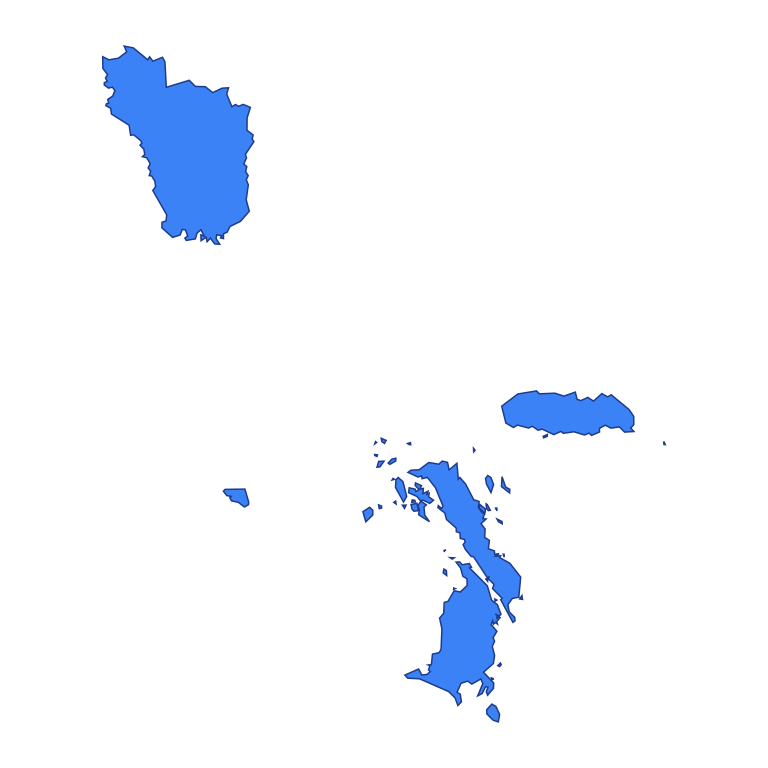 Nias Selatan, Sumatera Utara, Indonesia (Albers equal-area conic projection)
{"feature_id": "22746128B70987165350034", "entity_name": "Nias Selatan", "entity_type": "district", "adm_level": 2, "iso_a3": "IDN", "parent_name": "Indonesia", "parent_adm1": "Sumatera Utara", "projection": "albers", "projection_center": [98.287, 0.198], "detail": "fine", "context": "isolated", "style": "filled", "palette": "blue", "viewbox_px": 768, "rotation_deg": 0, "n_neighbors": 0, "source": "geoboundaries", "source_scale": "gbopen_adm2", "svg_char_len": 6117}
<svg xmlns="http://www.w3.org/2000/svg" viewBox="0 0 768 768"><path d="M133.4,47.9L124.2,46.1L126.7,51.8L118.4,58.2L108.9,59.8L102.7,56.7L102.9,68.5L107.6,74.6L105.5,77.9L107.2,81.4L104.3,82.7L104.3,85.0L108.5,88.1L112.4,87.2L114.9,90.5L112.7,96.1L107.7,99.4L108.7,103.0L106.3,103.9L105.9,105.7L110.6,108.2L111.5,114.1L129.1,125.2L130.6,135.3L133.7,134.8L140.9,140.8L141.8,143.5L140.0,145.1L143.8,149.2L144.8,154.4L142.4,156.7L146.7,157.7L150.2,163.6L148.1,168.0L150.7,171.2L149.2,175.6L151.7,176.0L154.8,181.0L155.6,186.6L152.8,190.5L166.7,214.8L166.1,220.9L162.0,222.3L161.9,227.8L172.6,237.4L180.1,235.0L182.3,229.5L185.4,229.8L187.7,236.1L184.9,238.1L186.2,240.4L195.4,238.9L197.0,233.1L200.9,229.8L204.3,236.1L200.9,234.8L201.1,240.7L206.1,237.2L207.1,241.7L210.3,238.1L214.7,243.9L219.7,244.3L216.1,238.6L216.7,234.8L221.8,235.7L220.5,237.9L223.5,238.6L223.5,233.8L227.1,232.2L230.0,226.5L240.5,221.3L249.3,211.2L246.2,199.8L248.3,184.8L246.3,179.6L248.2,175.7L245.6,171.4L246.8,166.6L243.8,164.1L246.5,157.9L245.4,154.4L253.9,141.6L252.2,139.1L253.1,134.9L247.0,130.3L247.1,117.9L250.4,107.4L243.2,104.4L238.6,106.3L235.5,104.5L231.9,106.8L226.7,94.0L228.5,87.8L222.1,88.2L212.7,92.6L205.3,86.7L195.4,86.4L189.2,80.3L166.3,87.3L164.9,61.6L162.4,57.3L152.9,61.2L149.6,56.8L147.7,59.8L133.4,47.9ZM462.3,564.8L459.6,561.9L456.1,562.1L460.6,568.1L462.9,576.3L466.9,578.7L467.2,585.5L460.3,592.0L454.2,590.7L448.0,601.4L444.2,602.4L443.7,613.3L439.6,618.1L441.9,628.8L441.1,649.0L439.3,652.6L432.5,654.1L431.4,664.6L428.2,665.0L429.9,665.8L428.5,669.9L430.3,671.6L427.0,674.4L421.8,675.0L418.6,669.0L404.9,675.1L407.8,678.2L419.5,678.8L448.7,691.6L455.1,698.0L457.9,705.5L461.4,701.9L460.3,694.2L457.1,692.3L461.0,683.3L467.8,681.1L471.8,684.1L480.8,679.0L482.8,683.5L477.7,695.9L482.2,693.5L485.6,686.7L488.0,687.1L486.3,691.6L487.6,695.2L493.5,688.3L493.7,683.0L483.5,672.2L493.4,663.5L494.6,655.4L492.3,646.5L494.6,641.3L493.1,637.7L496.9,631.3L491.1,624.5L492.7,620.7L493.5,624.2L495.3,622.5L497.4,624.0L496.6,621.7L500.1,617.6L498.4,616.5L496.8,618.9L497.2,615.3L495.3,614.0L499.1,616.0L501.0,614.3L497.4,604.7L491.6,600.1L487.3,585.8L469.5,567.8L471.5,567.3L469.3,563.5L462.3,564.8ZM447.5,462.3L442.2,461.1L438.8,464.2L428.8,462.5L419.0,469.8L410.9,470.2L408.0,472.4L418.0,477.0L421.6,476.0L422.1,478.7L427.4,477.4L435.5,487.8L443.1,506.4L441.5,508.4L438.3,505.6L437.9,507.6L444.8,513.0L446.5,519.5L456.2,528.1L456.3,531.7L460.0,533.0L460.3,538.5L464.3,539.3L465.2,542.1L463.1,544.6L465.4,549.5L471.1,556.4L473.5,556.7L487.2,577.5L489.6,576.5L487.9,578.3L494.0,584.4L492.5,588.5L502.1,598.3L500.7,599.7L512.9,622.4L515.0,620.9L514.7,617.3L509.2,611.9L507.9,604.6L512.4,598.4L518.8,597.2L520.7,577.1L509.9,563.3L499.5,557.5L500.6,555.8L495.6,556.1L499.1,553.6L494.8,554.4L494.4,550.9L488.4,548.7L489.4,540.4L484.7,537.4L485.1,529.0L481.0,523.7L486.1,519.0L482.9,518.7L484.5,513.8L482.2,512.7L478.4,507.6L479.1,501.5L473.7,499.7L465.5,483.9L459.9,477.5L458.3,479.2L456.9,463.3L449.1,469.9L447.5,462.3ZM536.6,390.9L517.8,394.0L501.7,406.2L505.9,423.1L513.5,427.5L517.3,425.1L528.6,428.0L532.4,426.3L538.0,430.2L542.1,429.1L553.8,434.6L561.0,431.4L563.3,433.3L574.0,431.8L584.5,435.0L589.1,433.1L591.5,435.4L599.5,432.0L599.5,428.3L605.3,425.2L610.8,428.1L619.5,427.0L624.6,432.1L633.9,431.5L630.7,428.1L633.8,424.6L633.7,416.4L629.2,409.7L611.2,394.8L607.6,396.9L601.9,393.6L593.5,401.1L587.8,397.4L580.9,400.6L577.1,399.3L575.3,392.1L563.9,396.1L554.9,393.2L539.4,393.8L536.6,390.9ZM244.9,489.1L225.1,489.4L223.4,491.2L226.8,495.6L231.2,496.4L229.8,497.9L231.6,500.9L238.3,502.3L244.4,507.0L248.5,504.7L248.7,502.1L244.9,489.1ZM415.5,482.9L415.2,485.5L419.1,489.6L415.9,491.5L415.2,489.2L409.2,487.8L408.6,492.7L416.9,496.4L420.4,500.6L423.4,500.3L429.8,503.4L433.5,500.2L428.7,496.8L429.1,493.2L427.0,494.3L428.0,491.2L423.0,493.7L423.4,488.4L420.0,489.2L421.5,485.7L415.5,482.9ZM491.8,704.1L486.7,709.8L486.9,714.0L493.0,720.1L498.3,721.9L499.6,714.4L495.9,706.4L491.8,704.1ZM406.7,496.4L403.0,481.7L398.2,477.5L396.0,479.6L395.5,487.5L403.5,502.0L406.7,496.4ZM426.4,504.9L420.9,501.2L417.8,505.8L419.4,509.8L418.6,514.7L429.5,521.7L424.8,515.2L424.0,506.9L426.4,504.9ZM365.8,521.8L372.8,515.0L372.8,510.2L369.6,507.3L362.9,511.7L365.8,521.8ZM493.6,484.7L491.0,477.6L487.8,475.5L485.5,478.5L486.5,484.0L491.0,492.6L493.6,484.7ZM416.9,503.3L411.0,504.5L412.1,509.3L413.9,511.2L418.5,510.7L416.9,503.3ZM502.0,476.7L501.5,486.6L509.6,492.9L509.8,489.3L505.7,487.1L502.0,476.7ZM384.0,461.2L378.7,461.4L377.0,467.2L380.0,466.8L384.0,461.2ZM484.8,513.5L485.5,509.2L479.8,504.4L479.3,508.0L484.8,513.5ZM389.8,464.4L395.8,460.9L395.8,458.2L391.9,459.1L388.2,463.0L389.8,464.4ZM384.5,443.4L386.1,440.4L381.2,438.3L381.9,441.7L384.5,443.4ZM446.7,575.5L446.4,570.6L443.9,569.1L443.2,572.9L446.7,575.5ZM381.5,508.2L381.6,506.1L378.6,504.9L379.2,508.6L381.5,508.2ZM406.1,505.1L402.4,505.2L404.5,508.4L406.1,505.1ZM490.3,510.3L487.2,504.5L486.1,503.9L486.5,508.3L488.4,510.6L490.3,510.3ZM502.2,523.8L502.0,521.5L497.0,519.0L498.4,521.7L502.2,523.8ZM543.7,437.8L547.2,436.4L547.4,434.5L543.2,436.3L543.7,437.8ZM522.5,599.4L521.9,595.6L519.6,598.9L522.5,599.4ZM499.6,666.6L501.2,664.6L500.4,663.0L497.8,665.6L499.6,666.6ZM393.8,502.4L396.1,504.0L395.6,501.1L393.8,502.4ZM412.2,499.9L411.8,502.3L415.3,501.9L414.8,500.3L412.2,499.9ZM410.7,444.7L410.4,442.6L407.5,443.5L408.8,444.5L410.7,444.7ZM473.7,451.8L475.1,450.2L473.5,448.3L473.7,451.8ZM495.1,601.2L496.9,600.1L494.9,599.0L495.1,601.2ZM377.0,456.5L377.5,454.9L374.6,454.5L374.8,455.5L377.0,456.5ZM392.1,480.0L394.4,479.3L393.1,478.4L392.1,480.0ZM452.2,559.1L454.2,557.9L450.0,557.6L452.2,559.1ZM504.2,557.2L504.1,554.3L503.2,554.2L504.2,557.2ZM374.7,443.9L376.6,442.5L375.5,441.6L374.7,443.9ZM487.6,581.2L487.7,579.5L485.5,578.5L487.6,581.2ZM665.3,444.6L664.1,442.0L663.7,442.1L664.0,444.6L665.3,444.6ZM491.4,677.9L491.8,679.7L493.3,679.2L493.2,678.5L491.4,677.9ZM497.0,510.8L496.8,508.0L495.5,508.2L497.0,510.8ZM444.4,551.3L445.8,549.6L443.9,550.8L444.4,551.3ZM453.6,589.2L455.3,588.6L453.8,588.0L453.6,589.2Z" fill="#3b82f6" stroke="#1e3a8a" stroke-width="1.5"/></svg>